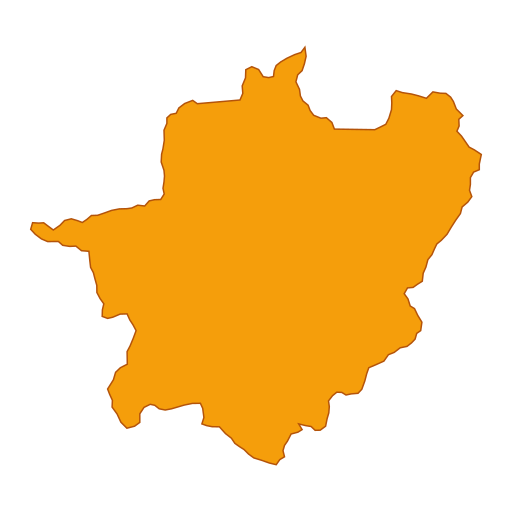 outline of Natividade, Rio de Janeiro, Brazil
{"feature_id": "56859067B70660128968293", "entity_name": "Natividade", "entity_type": "district", "adm_level": 2, "iso_a3": "BRA", "parent_name": "Brazil", "parent_adm1": "Rio de Janeiro", "projection": "robinson", "projection_center": [-41.94, -21.042], "detail": "fine", "context": "isolated", "style": "filled", "palette": "amber", "viewbox_px": 512, "rotation_deg": 0, "n_neighbors": 0, "source": "geoboundaries", "source_scale": "gbopen_adm2", "svg_char_len": 2948}
<svg xmlns="http://www.w3.org/2000/svg" viewBox="0 0 512 512"><path d="M35.3,234.3L41.4,238.9L47.7,241.6L53.8,241.5L58.4,241.5L62.7,245.3L69.7,246.4L75.9,246.1L81.5,250.7L88.9,251.3L89.8,260.5L90.6,267.4L93.4,272.7L94.9,278.6L96.8,285.4L96.9,292.5L100.1,298.6L103.8,303.8L102.4,309.8L102.2,316.4L107.6,318.4L112.8,317.2L120.1,314.1L127.1,313.9L129.8,319.9L133.0,324.8L136.1,330.6L133.3,338.2L130.1,345.9L127.1,351.6L127.3,364.2L120.4,367.7L115.6,372.3L113.4,379.8L107.6,389.0L109.6,394.2L112.4,400.3L112.1,407.1L117.1,414.0L120.9,422.2L126.9,428.2L134.6,426.2L139.8,422.4L139.8,413.8L144.0,407.4L150.2,404.3L154.8,405.3L159.2,408.8L165.2,410.0L171.5,408.8L178.0,406.9L184.1,405.1L192.4,403.4L200.4,403.3L202.7,408.3L203.9,417.5L201.9,423.9L206.6,425.6L212.1,426.7L219.4,426.8L225.5,433.6L231.4,438.2L234.9,443.4L239.6,446.7L244.0,449.5L248.6,454.1L253.8,457.9L261.0,460.1L269.3,463.0L276.2,464.7L279.8,459.6L284.5,456.8L283.0,450.7L284.5,445.4L287.4,441.2L291.1,434.0L297.9,432.2L302.1,429.6L298.7,423.9L305.6,425.6L311.1,426.5L315.1,430.3L320.2,430.2L325.6,426.2L327.1,418.7L328.8,412.9L329.3,406.6L328.5,400.9L332.5,395.7L336.8,392.2L341.8,392.4L346.0,395.0L351.1,393.9L358.0,393.3L361.8,389.3L364.8,381.0L366.7,373.7L368.8,367.7L375.7,364.8L383.9,361.1L388.4,354.7L394.2,352.4L400.2,347.8L407.0,346.4L411.5,342.9L415.1,339.1L416.7,333.4L420.7,330.6L421.9,322.2L417.7,315.3L414.5,308.6L410.2,306.0L408.0,299.0L404.2,293.7L407.5,287.9L413.1,287.4L417.4,284.3L422.3,281.2L423.2,273.2L425.9,267.1L427.9,259.6L431.9,254.7L434.4,249.0L436.8,244.0L441.3,240.3L447.0,234.3L451.1,227.4L455.9,219.9L460.4,213.6L462.1,207.0L467.8,202.1L471.8,196.6L469.5,190.3L470.4,184.4L470.4,177.6L473.6,172.1L479.3,169.7L479.3,164.0L481.3,154.5L474.4,149.9L469.1,147.1L465.3,141.6L461.5,136.1L456.9,131.2L459.1,126.0L458.8,119.3L462.9,115.6L456.3,109.0L453.4,101.5L450.6,97.1L445.9,93.4L440.2,93.2L432.9,91.9L426.4,98.3L418.4,95.8L411.4,94.0L402.3,92.6L396.2,90.6L391.5,96.5L391.8,102.9L391.5,109.6L388.9,118.2L385.8,124.3L380.0,127.2L374.8,129.7L334.4,129.1L331.9,122.5L326.4,117.7L320.9,118.2L313.7,115.3L310.1,110.5L308.1,105.2L302.9,100.9L300.4,96.0L299.5,89.4L295.9,81.8L297.7,74.8L302.1,70.6L304.4,63.8L306.1,56.3L304.9,47.3L301.0,52.5L294.7,54.6L286.8,58.3L280.9,61.8L276.2,65.5L274.2,70.6L273.5,76.5L268.7,77.6L263.2,76.7L258.6,69.5L251.8,66.7L245.8,69.7L245.5,77.9L242.2,85.9L242.8,93.4L240.0,100.0L197.3,103.7L192.7,100.4L184.7,103.5L178.9,107.9L176.2,113.3L170.7,114.4L166.9,117.9L166.9,123.4L164.0,130.2L164.3,140.3L162.9,149.1L161.6,154.2L161.2,162.0L164.0,170.4L164.5,176.1L164.0,181.9L163.0,188.3L164.2,194.0L160.7,199.5L154.5,199.7L149.2,200.9L144.7,206.0L137.7,205.2L131.8,208.0L126.8,208.7L119.3,208.9L111.6,210.4L104.4,213.0L97.6,215.3L91.4,215.5L86.9,219.4L82.3,222.5L77.7,220.7L71.3,218.8L64.6,220.5L60.0,225.3L53.3,230.0L48.2,226.2L43.7,222.8L38.7,223.1L32.6,222.7L30.7,229.3L35.3,234.3Z" fill="#f59e0b" stroke="#b45309" stroke-width="1.5"/></svg>